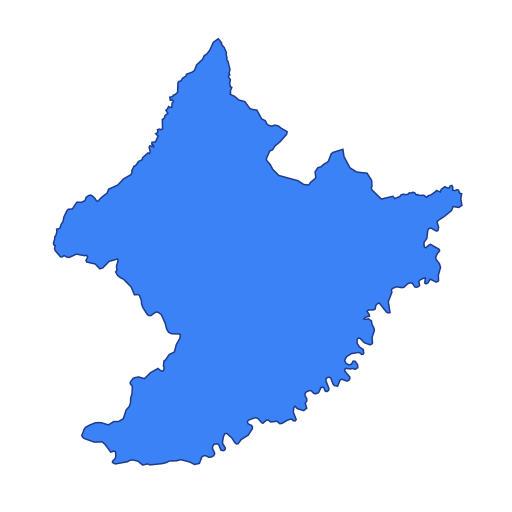 Uberlândia, Minas Gerais, Brazil (Albers equal-area conic projection), rotated 93°
{"feature_id": "56859067B26403071497163", "entity_name": "Uberlândia", "entity_type": "district", "adm_level": 2, "iso_a3": "BRA", "parent_name": "Brazil", "parent_adm1": "Minas Gerais", "projection": "albers", "projection_center": [-48.327, -19.004], "detail": "fine", "context": "isolated", "style": "filled", "palette": "blue", "viewbox_px": 512, "rotation_deg": 93, "n_neighbors": 0, "source": "geoboundaries", "source_scale": "gbopen_adm2", "svg_char_len": 6051}
<svg xmlns="http://www.w3.org/2000/svg" viewBox="0 0 512 512"><g transform="rotate(93 256 256)"><path d="M183.0,53.9L182.7,55.9L179.7,57.2L179.2,58.6L180.3,60.8L180.0,63.0L176.4,63.2L175.3,64.1L175.9,65.8L177.8,66.6L178.1,68.0L176.9,71.0L179.7,74.5L182.4,75.3L181.1,79.2L182.8,80.7L186.0,84.8L186.7,87.1L188.5,88.8L186.6,91.5L186.9,96.6L186.1,97.8L186.6,99.2L184.6,100.8L184.1,102.6L185.0,104.4L184.9,106.3L186.3,107.4L186.9,109.2L186.6,112.5L187.6,114.6L189.1,115.5L191.4,120.5L189.2,122.4L192.6,133.8L183.9,143.7L182.1,144.4L180.2,143.8L174.4,144.5L167.5,149.4L166.9,159.8L163.0,166.8L152.2,173.3L144.9,174.8L148.6,184.7L150.1,186.3L157.5,188.7L159.0,190.1L160.6,192.9L163.6,195.9L164.5,198.8L168.9,201.4L174.3,200.4L175.6,201.0L179.5,205.3L182.4,207.0L182.1,212.0L178.6,218.1L174.4,237.4L168.5,243.9L164.0,246.5L160.4,250.0L159.2,250.7L157.5,250.5L150.5,247.8L149.1,245.0L145.3,242.9L140.5,237.8L132.9,231.8L130.2,231.4L127.0,237.7L124.9,240.5L124.3,244.2L125.6,247.3L124.6,250.7L123.5,252.1L120.4,253.8L118.8,257.5L110.2,262.8L109.8,267.7L108.9,270.0L102.4,275.2L101.1,281.4L97.7,285.7L95.8,290.4L94.4,289.8L92.9,290.3L88.8,289.0L88.2,290.5L85.2,291.3L81.3,290.8L78.8,292.7L77.4,292.9L76.5,291.6L75.1,292.5L71.2,291.7L63.1,294.2L61.3,295.6L59.7,295.3L56.4,296.3L54.4,296.2L49.3,298.8L46.6,301.4L45.1,301.5L41.0,305.0L44.8,309.8L52.6,312.8L57.0,315.8L58.6,318.2L62.4,319.6L68.1,325.2L74.0,327.2L75.7,329.3L78.1,334.9L80.1,335.5L82.4,338.7L85.1,340.1L85.6,342.0L87.1,343.0L96.7,342.9L99.4,345.7L99.7,347.1L101.2,347.5L101.9,350.4L105.0,349.7L104.6,347.4L106.0,346.5L107.7,347.8L111.9,347.9L112.1,349.6L111.3,351.1L114.1,352.4L115.2,353.6L118.2,351.5L120.4,354.2L123.3,354.9L124.5,356.7L134.0,356.0L134.8,357.3L134.3,358.9L135.0,361.0L136.5,360.4L138.1,361.0L139.2,362.6L141.3,360.0L147.4,362.4L147.8,365.8L149.8,365.9L150.7,364.4L152.2,363.9L151.5,367.7L152.9,368.4L157.5,367.1L159.3,367.9L158.7,369.3L163.8,374.4L165.7,374.7L167.9,378.4L171.5,380.5L172.9,382.6L177.6,384.6L179.0,384.0L181.4,385.3L185.9,392.3L192.4,397.8L197.0,406.7L200.9,407.9L205.5,413.3L209.7,416.9L209.3,418.2L206.6,420.1L204.5,422.7L203.8,424.3L204.4,426.3L206.3,428.7L209.7,429.7L211.6,433.4L211.6,437.6L218.6,441.9L219.2,446.1L221.0,447.4L227.2,449.9L231.6,450.5L234.5,452.2L238.0,453.1L239.2,454.4L239.6,456.5L242.0,456.1L245.8,456.9L247.3,458.0L249.2,457.8L253.7,459.0L255.6,458.4L256.2,457.0L259.4,457.6L261.1,456.8L267.2,451.0L267.0,449.4L265.6,447.8L267.2,444.4L267.1,442.2L263.5,435.4L264.7,427.1L264.1,425.5L265.8,424.0L269.4,425.6L270.9,424.7L272.4,416.1L277.0,411.3L275.9,408.4L269.0,402.3L266.2,394.1L267.8,393.5L273.5,394.8L277.5,394.1L279.2,395.3L280.6,394.5L282.3,393.5L284.7,390.4L286.2,387.0L293.4,379.1L301.1,375.4L300.7,371.5L301.6,370.3L306.3,368.2L309.6,367.8L313.2,366.4L320.0,361.6L321.1,359.8L321.0,357.8L317.7,353.8L317.1,352.1L317.6,350.4L319.3,347.7L321.0,346.7L327.9,343.2L333.6,341.4L336.7,339.4L338.1,336.3L337.9,328.7L338.6,327.4L342.1,327.7L348.8,331.0L356.2,332.5L358.9,337.5L364.5,340.9L365.6,342.4L370.8,342.7L372.6,341.7L375.8,342.8L375.6,345.1L373.4,348.0L378.1,355.3L384.3,360.9L382.9,366.9L384.0,371.1L384.9,372.6L388.8,375.0L390.1,374.9L392.7,372.7L399.8,372.6L404.4,373.7L409.5,373.7L413.0,374.7L416.5,377.6L425.4,380.0L428.5,384.6L428.8,389.4L432.4,394.6L430.6,401.7L430.6,404.5L431.0,407.8L433.5,413.2L435.9,417.1L437.5,418.3L444.3,420.6L446.0,419.7L447.2,418.1L450.3,407.8L449.7,399.7L452.1,396.8L459.5,390.8L458.3,387.9L458.7,386.1L463.5,385.5L465.6,386.0L468.4,388.5L469.8,388.5L471.0,385.6L468.2,373.5L466.9,371.8L466.1,368.5L467.0,363.2L470.7,358.3L469.3,353.3L470.1,351.2L469.8,348.6L468.3,339.2L467.1,334.9L465.2,331.7L464.7,324.8L463.3,320.6L465.3,311.0L467.4,306.5L466.1,301.7L459.4,299.5L458.1,297.5L458.1,295.7L459.4,292.7L459.3,290.7L457.9,288.1L456.2,287.0L454.7,287.1L450.9,289.2L448.8,289.5L446.2,288.1L445.6,284.8L446.2,283.5L451.8,280.8L452.1,278.4L451.4,277.0L449.5,276.5L445.1,279.5L443.1,279.7L437.8,279.0L435.0,277.7L434.7,275.9L438.8,270.8L443.7,267.1L444.7,265.7L444.4,264.1L440.0,261.1L435.3,254.4L428.9,250.7L427.1,250.5L425.5,251.4L424.1,255.0L422.1,255.9L420.8,255.4L419.8,253.8L417.5,248.3L418.0,245.7L422.0,241.8L422.7,240.4L419.3,236.8L419.3,235.0L421.0,232.6L419.9,226.4L422.2,223.5L421.8,221.2L418.5,216.4L417.0,212.8L417.4,211.2L418.6,210.2L418.6,208.2L417.2,207.3L409.9,210.6L405.2,210.3L404.0,209.1L406.3,206.8L407.9,200.3L405.3,197.3L400.3,199.2L398.2,197.7L395.9,197.8L392.7,199.9L390.7,199.7L389.1,198.7L387.6,195.5L387.6,193.9L390.4,190.8L390.3,188.6L389.2,186.4L383.7,184.1L383.7,181.5L387.2,179.9L387.7,178.2L386.4,176.4L384.3,176.3L377.3,179.5L375.2,179.8L373.6,178.4L373.2,176.5L373.9,175.0L380.0,172.3L381.3,171.0L381.7,167.7L375.8,165.7L374.5,164.0L376.2,158.6L375.3,156.8L373.5,155.8L371.8,156.1L366.2,161.4L364.4,161.3L363.5,160.2L363.9,155.5L363.2,154.1L364.0,151.0L362.2,148.5L359.2,148.9L355.9,151.6L355.9,153.5L358.9,155.0L359.9,157.1L358.8,160.2L355.6,162.1L351.7,160.2L348.5,155.6L347.0,149.0L347.3,147.1L348.7,145.5L348.5,143.9L347.1,143.3L343.8,144.0L341.3,148.1L337.9,150.4L334.3,150.7L332.7,149.8L332.6,148.0L336.9,143.3L338.7,137.6L338.2,136.1L337.0,135.1L331.1,135.8L324.4,133.9L322.4,134.2L317.9,136.7L314.8,137.3L312.8,140.5L313.6,142.9L313.3,144.9L311.4,143.5L310.2,139.5L308.6,139.8L305.3,142.4L304.0,140.6L303.7,136.1L302.9,134.3L299.0,133.7L297.2,132.1L296.5,130.4L305.1,122.9L305.9,121.0L305.5,119.2L294.7,121.5L285.1,118.4L283.0,119.0L281.3,118.1L279.4,114.1L280.0,109.1L279.6,106.8L275.7,103.0L274.7,100.6L274.9,98.6L278.7,95.6L278.8,94.0L278.0,92.0L276.7,91.1L272.9,92.0L271.3,90.9L269.5,87.6L269.1,85.7L274.1,86.1L274.9,84.8L274.1,83.1L270.0,80.7L272.6,74.9L272.1,73.3L271.0,72.4L265.6,72.9L257.7,71.1L254.2,72.4L249.6,76.2L247.6,76.4L244.2,75.1L241.2,72.9L239.7,73.5L235.2,82.4L236.2,84.2L238.9,86.8L238.0,88.5L233.8,89.0L229.4,86.3L221.3,85.8L219.5,84.6L218.9,82.8L221.7,77.2L221.1,75.7L217.8,75.1L212.6,77.0L210.8,75.7L206.2,69.5L200.3,63.1L196.3,61.7L196.9,56.0L194.7,53.0L188.3,54.5L183.0,53.9Z" fill="#3b82f6" stroke="#1e3a8a" stroke-width="1.5"/></g></svg>